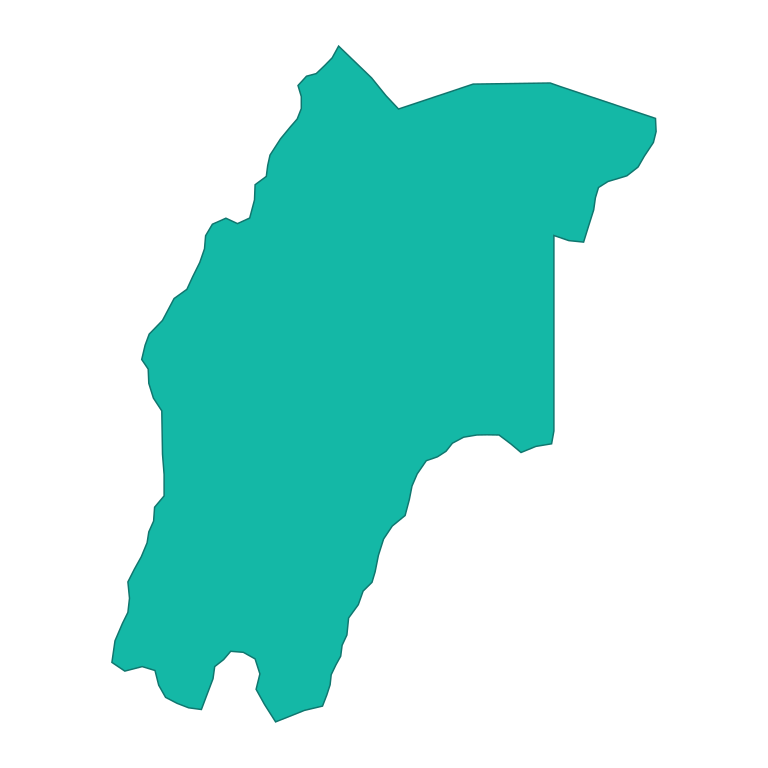 Piraí do Norte, Bahia, Brazil
{"feature_id": "56859067B87975960795932", "entity_name": "Piraí do Norte", "entity_type": "district", "adm_level": 2, "iso_a3": "BRA", "parent_name": "Brazil", "parent_adm1": "Bahia", "projection": "mercator", "projection_center": [-39.385, -13.812], "detail": "fine", "context": "isolated", "style": "filled", "palette": "teal", "viewbox_px": 768, "rotation_deg": 0, "n_neighbors": 0, "source": "geoboundaries", "source_scale": "gbopen_adm2", "svg_char_len": 1620}
<svg xmlns="http://www.w3.org/2000/svg" viewBox="0 0 768 768"><path d="M111.9,662.4L124.8,671.1L142.2,666.6L155.0,670.5L158.7,685.2L165.6,697.4L177.0,703.3L188.6,707.8L201.4,709.5L207.0,694.6L213.0,678.8L214.7,666.6L223.6,659.6L230.7,651.3L243.3,652.3L255.1,658.9L259.9,673.9L256.1,689.3L264.6,704.6L275.6,721.9L304.4,710.4L322.5,706.1L326.8,695.0L330.1,684.8L331.2,674.7L335.9,664.9L340.7,656.2L342.1,645.3L346.9,635.0L348.6,618.0L358.3,604.7L363.1,591.1L372.0,582.3L375.1,571.9L378.4,555.4L383.6,539.0L392.3,526.0L405.1,515.5L409.3,499.7L412.0,486.0L417.2,473.9L426.3,460.7L437.5,456.8L446.0,451.3L452.4,443.2L463.6,437.2L476.8,435.0L487.0,434.8L499.0,435.0L511.2,444.2L521.0,452.5L535.9,446.4L551.6,443.8L553.9,431.0L553.9,346.3L553.9,281.2L553.9,235.5L568.8,240.6L583.6,242.1L588.5,226.3L593.7,209.9L595.4,197.8L598.5,187.5L608.0,181.5L626.9,175.8L638.1,167.0L644.3,156.2L653.4,142.5L656.1,131.6L655.5,118.4L560.4,86.6L550.2,83.0L473.1,84.1L398.5,109.0L385.9,95.6L371.6,77.9L338.6,46.1L332.2,57.8L324.7,65.5L316.2,73.6L306.5,76.2L298.0,85.5L301.3,96.6L301.3,108.6L297.2,119.0L290.5,126.7L280.6,138.7L270.0,155.1L267.7,165.5L266.3,176.4L255.1,184.7L254.5,199.9L249.7,218.0L237.5,223.6L225.9,218.2L212.4,224.2L205.6,235.7L204.5,248.8L199.8,262.4L192.7,276.7L186.9,289.3L174.1,298.5L162.5,320.4L149.2,334.1L145.1,345.2L141.7,359.5L148.2,369.1L148.8,383.4L153.4,398.1L161.8,410.9L162.5,454.2L164.1,474.5L164.1,495.9L154.6,507.2L153.6,521.1L148.8,531.9L147.1,542.8L141.3,556.7L134.3,569.3L127.9,581.9L129.5,598.3L127.9,612.4L122.5,623.3L115.0,640.8L111.9,662.4Z" fill="#14b8a6" stroke="#0f766e" stroke-width="1.5"/></svg>